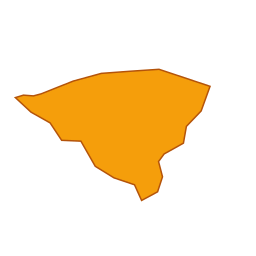 the state/province of Ribeira Grande de Santiago, rotated 157°
{"feature_id": "CPV-5052", "entity_name": "Ribeira Grande de Santiago", "entity_type": "state/province", "adm_level": 1, "iso_a3": "CPV", "parent_name": "Cabo Verde", "parent_adm1": "", "projection": "albers", "projection_center": [-23.611, 14.974], "detail": "fine", "context": "isolated", "style": "filled", "palette": "amber", "viewbox_px": 256, "rotation_deg": 157, "n_neighbors": 0, "source": "natural_earth", "source_scale": "10m", "svg_char_len": 458}
<svg xmlns="http://www.w3.org/2000/svg" viewBox="0 0 256 256"><g transform="rotate(157 128 128)"><path d="M219.8,200.0L211.4,199.1L202.5,194.5L194.8,193.4L160.1,192.6L131.2,188.7L104.4,179.6L76.5,169.9L36.2,134.3L54.0,115.1L73.6,106.7L82.9,92.4L104.9,90.0L113.0,85.2L115.3,69.6L125.7,57.7L143.8,56.0L144.2,73.2L160.4,87.6L173.1,105.5L176.5,134.3L193.9,142.6L197.7,163.1L211.1,180.5L219.8,200.0Z" fill="#f59e0b" stroke="#b45309" stroke-width="1.5"/></g></svg>